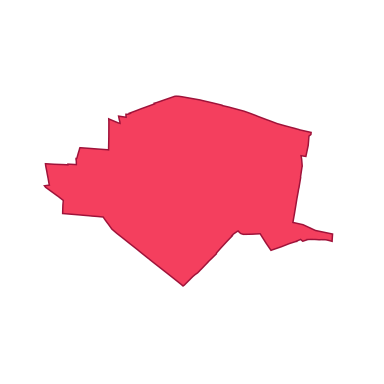 Auce, Auces, Latvia (Equal Earth projection), rotated 17°
{"feature_id": "27541924B35234927620739", "entity_name": "Auce", "entity_type": "district", "adm_level": 2, "iso_a3": "LVA", "parent_name": "Latvia", "parent_adm1": "Auces", "projection": "equal_earth", "projection_center": [22.905, 56.46], "detail": "fine", "context": "isolated", "style": "filled", "palette": "rose", "viewbox_px": 384, "rotation_deg": 17, "n_neighbors": 0, "source": "geoboundaries", "source_scale": "gbopen_adm2", "svg_char_len": 2649}
<svg xmlns="http://www.w3.org/2000/svg" viewBox="0 0 384 384"><g transform="rotate(17 192 192)"><path d="M312.3,206.7L316.1,204.0L316.0,203.8L319.5,202.6L324.0,201.3L327.6,200.5L330.4,199.5L330.6,199.5L333.3,198.7L334.4,198.5L335.7,198.4L337.6,198.3L340.4,198.2L340.3,197.9L338.7,191.1L321.3,192.7L307.7,190.8L297.4,191.6L296.5,184.4L296.4,183.4L295.2,174.4L294.3,168.0L293.5,161.0L293.1,158.1L293.0,156.2L292.9,155.7L291.7,146.5L291.3,145.4L289.9,136.0L289.9,135.4L289.7,134.7L287.2,128.4L285.7,125.4L290.5,124.7L289.5,113.4L287.5,104.3L288.9,102.3L288.5,100.2L276.6,101.1L276.0,101.0L261.9,101.5L253.4,101.7L244.4,101.1L243.5,101.1L232.6,100.4L230.9,100.2L224.9,99.8L218.1,99.5L203.3,100.0L202.7,100.0L195.6,100.5L195.4,100.2L185.2,100.8L175.2,101.5L172.9,101.6L154.1,103.9L151.6,104.3L149.6,104.8L149.2,104.9L148.8,105.0L148.6,105.1L148.3,105.2L147.9,105.4L147.4,105.6L139.6,111.3L131.8,117.0L130.8,117.6L129.9,118.2L130.4,118.7L122.2,124.9L121.4,125.5L119.5,126.9L115.3,130.2L114.0,131.2L109.3,134.8L109.8,135.0L107.9,136.4L106.1,137.0L107.1,139.8L103.6,140.3L99.6,140.9L101.5,144.4L102.4,145.8L103.1,147.4L102.2,147.4L101.7,147.5L92.5,146.6L91.0,146.4L91.5,147.8L91.9,148.9L96.4,163.8L96.8,165.3L97.0,165.9L99.9,176.1L98.8,176.3L88.7,178.6L81.0,180.3L71.9,182.4L71.8,183.0L71.9,184.4L71.9,188.7L72.0,192.4L72.0,192.5L71.9,193.8L71.7,194.3L71.4,194.2L71.5,194.6L72.0,195.6L72.4,196.5L73.4,199.6L65.2,201.6L65.4,202.3L61.3,203.3L52.0,205.8L43.6,207.8L44.2,209.2L45.2,211.2L46.5,213.6L47.1,214.7L48.3,217.1L50.5,221.2L52.3,224.8L53.6,227.1L49.1,229.2L49.8,229.7L50.6,230.3L64.2,235.0L64.4,235.0L71.4,237.7L71.7,239.1L72.3,242.0L74.0,248.3L74.6,250.4L85.6,248.0L89.7,247.1L96.4,245.7L100.0,244.9L103.6,244.2L108.5,243.1L114.3,241.9L114.9,242.3L115.5,242.8L117.4,244.3L119.4,245.8L120.5,246.6L121.5,247.3L122.8,248.3L126.2,250.9L132.1,253.5L142.2,257.4L144.7,258.4L147.2,259.4L149.3,260.2L156.5,263.0L158.9,264.0L162.6,265.5L177.0,271.2L178.6,271.8L195.7,278.4L200.3,280.2L208.6,283.5L210.9,284.5L211.9,283.2L215.0,277.3L215.6,276.3L215.8,275.8L217.5,272.6L219.1,270.1L221.0,267.7L222.4,265.0L222.5,264.7L223.6,262.7L225.6,258.7L227.2,255.6L227.8,254.5L227.8,254.4L227.7,254.4L228.7,252.5L230.3,249.7L231.7,247.1L233.4,244.0L233.2,243.2L236.0,237.0L240.1,228.5L243.3,222.2L242.9,222.1L243.9,220.1L247.0,216.2L247.5,216.2L247.7,215.9L248.3,216.3L250.5,217.4L252.1,217.5L252.7,217.5L253.8,217.4L261.7,214.8L269.4,212.0L269.6,212.2L277.7,219.2L284.6,224.7L285.1,224.3L293.5,218.2L300.0,213.0L304.3,210.0L305.5,209.2L306.1,208.9L305.9,208.8L308.3,206.8L309.4,205.9L309.7,205.6L312.3,206.7Z" fill="#f43f5e" stroke="#9f1239" stroke-width="1.5"/></g></svg>